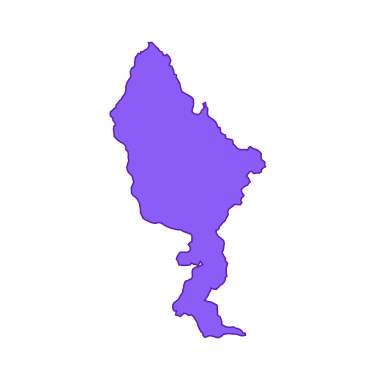 outline of Major Vieira, Santa Catarina, Brazil, rotated 328°
{"feature_id": "56859067B24004829696766", "entity_name": "Major Vieira", "entity_type": "district", "adm_level": 2, "iso_a3": "BRA", "parent_name": "Brazil", "parent_adm1": "Santa Catarina", "projection": "albers", "projection_center": [-50.373, -26.509], "detail": "fine", "context": "isolated", "style": "filled", "palette": "violet", "viewbox_px": 384, "rotation_deg": 328, "n_neighbors": 0, "source": "geoboundaries", "source_scale": "gbopen_adm2", "svg_char_len": 4616}
<svg xmlns="http://www.w3.org/2000/svg" viewBox="0 0 384 384"><g transform="rotate(328 192 192)"><path d="M157.8,258.7L155.1,257.8L152.1,257.8L150.5,258.9L148.9,261.3L147.8,263.8L145.6,265.3L143.4,265.0L141.5,264.8L139.0,264.2L136.2,266.2L134.2,268.6L132.2,270.5L131.1,272.0L129.2,273.1L127.3,273.6L125.9,274.7L124.0,275.8L121.9,276.0L120.0,276.3L118.0,276.4L116.0,277.7L114.7,279.5L113.9,281.4L113.9,283.4L115.8,284.7L114.3,286.1L112.9,287.5L114.7,289.2L116.3,291.4L118.5,290.9L121.1,290.6L122.9,292.6L123.6,294.7L126.4,295.8L127.4,298.9L127.2,301.4L127.3,303.6L127.3,305.6L126.5,307.7L126.1,309.9L125.7,312.5L125.6,315.3L126.3,317.4L125.4,319.5L125.8,321.9L128.0,322.7L129.8,322.8L131.6,323.8L133.6,325.7L135.1,327.6L136.6,329.2L138.6,329.8L141.0,329.9L143.1,329.3L145.4,330.2L147.4,331.2L149.6,332.5L151.4,334.1L153.9,335.6L155.9,337.9L157.0,339.4L159.1,340.9L161.4,341.8L162.2,340.0L160.5,338.5L160.5,336.2L159.7,333.8L158.5,332.4L156.6,330.3L155.7,328.3L152.8,327.1L149.7,324.7L148.3,322.5L147.0,320.3L148.5,317.7L149.2,315.2L149.6,312.5L148.3,310.0L150.0,307.3L151.1,305.1L152.1,303.5L153.3,301.3L151.8,298.7L150.6,296.5L149.1,294.8L147.4,293.3L145.3,290.6L147.4,289.7L149.6,288.9L151.7,287.6L153.3,286.4L155.4,285.6L157.2,283.5L158.6,285.5L161.1,287.4L163.9,286.8L166.8,285.9L169.0,286.2L171.1,285.6L173.5,284.2L174.8,282.2L176.8,282.0L177.6,280.1L178.6,278.0L179.7,276.3L180.8,274.6L182.6,273.0L184.3,271.2L183.9,268.1L185.1,266.0L185.1,262.6L185.6,259.0L187.7,257.9L189.5,255.7L192.1,252.7L193.1,249.8L192.4,247.8L191.6,245.6L190.7,242.4L190.9,239.3L192.0,237.3L194.8,237.8L197.2,235.6L199.5,235.2L202.0,234.3L204.9,233.9L207.3,232.3L209.3,231.2L210.9,230.1L211.9,227.4L214.1,226.0L216.9,225.7L219.2,225.7L221.5,224.9L223.8,226.8L226.4,228.4L228.7,227.4L228.9,224.9L230.7,223.3L232.5,223.1L234.3,222.3L233.9,219.2L234.9,216.2L237.8,215.3L240.7,215.2L242.8,215.6L244.6,214.7L246.6,214.3L247.0,212.3L247.2,209.8L246.6,207.4L248.3,206.6L251.5,205.4L253.8,206.4L254.0,208.9L255.7,209.7L257.4,210.3L258.8,211.5L261.6,211.6L262.9,209.7L264.9,209.3L267.7,209.4L268.1,206.9L269.7,205.3L268.9,203.2L268.1,201.3L269.1,199.0L271.1,196.1L270.6,193.6L269.9,191.4L268.5,189.4L266.4,187.0L265.3,184.2L263.4,184.5L261.4,186.1L259.6,184.1L256.8,182.6L254.8,181.0L253.3,178.6L253.0,175.7L252.4,172.9L253.9,169.6L251.9,167.1L250.3,165.9L249.2,164.1L250.5,161.5L248.8,159.2L247.9,156.6L248.8,154.8L249.9,152.1L248.1,150.5L249.0,147.5L249.2,145.0L248.5,142.2L247.1,139.3L246.2,136.8L246.3,134.1L248.2,131.5L249.8,129.1L249.0,127.1L250.1,125.5L250.6,123.1L248.0,123.1L247.4,125.8L246.0,127.6L243.4,127.9L241.4,129.5L238.8,129.8L236.6,128.3L235.2,126.8L234.5,124.1L236.2,121.9L238.2,120.3L240.1,118.0L241.2,116.3L242.1,114.4L242.1,112.1L241.3,110.2L240.3,108.3L239.3,106.5L237.9,104.0L236.8,101.8L237.0,99.1L238.1,96.3L239.2,93.0L239.4,88.9L239.2,87.0L240.8,84.4L239.2,82.4L240.8,79.2L241.4,75.0L239.8,72.5L241.8,70.8L243.7,69.1L244.3,65.7L243.7,62.0L241.7,62.2L240.4,60.6L240.8,57.4L239.2,55.2L239.3,52.6L238.4,49.8L237.7,46.5L237.1,43.8L234.2,42.2L233.8,44.4L232.0,46.1L229.6,47.0L226.8,46.7L224.9,47.1L223.0,46.0L221.4,47.5L219.9,46.0L217.9,47.0L215.3,47.9L212.9,50.7L211.0,53.4L209.3,55.4L206.9,54.9L205.2,56.0L203.4,57.3L202.5,59.1L201.6,61.5L200.1,62.5L197.9,63.3L195.7,64.3L194.0,65.5L192.6,66.8L191.4,68.1L190.4,70.0L188.4,72.0L186.9,73.4L185.1,73.8L183.2,74.6L181.0,76.0L178.8,76.2L176.6,77.2L173.7,78.1L172.1,80.0L169.8,80.0L168.0,80.6L165.4,80.7L164.0,82.5L163.2,84.4L164.0,87.4L163.0,89.2L163.3,92.2L162.7,94.6L160.4,94.9L158.5,97.5L157.0,100.7L155.5,103.7L156.0,106.7L157.0,109.7L157.9,111.8L158.9,113.5L159.9,115.5L159.9,118.5L158.5,120.9L159.0,123.9L157.7,126.8L156.3,128.7L155.2,131.7L152.9,133.7L149.7,136.6L148.6,139.8L148.7,142.5L149.7,146.8L148.5,150.1L148.0,152.7L145.4,154.4L142.8,156.1L141.6,158.4L140.1,161.1L140.3,163.7L141.1,165.8L141.9,169.0L141.7,171.6L141.5,173.8L140.3,176.3L139.6,178.4L138.7,180.1L137.5,182.0L137.1,184.3L136.6,188.2L137.7,190.8L139.6,193.7L140.9,195.8L142.6,197.7L144.6,199.3L147.0,199.8L149.2,201.7L150.6,204.4L151.9,207.2L153.6,209.6L155.0,211.5L156.8,213.3L158.3,214.9L160.1,216.6L162.4,217.9L163.7,220.8L165.7,223.1L167.2,225.3L168.8,227.4L168.5,229.6L167.1,231.7L165.7,233.9L163.4,233.8L161.0,234.6L161.3,237.5L160.5,239.5L158.4,240.8L155.6,240.5L153.5,238.8L149.9,236.8L147.9,237.6L145.8,238.6L143.2,240.5L143.3,243.5L142.3,246.8L144.1,248.4L146.1,249.9L147.8,250.9L149.9,252.0L151.8,252.7L154.0,252.0L154.9,253.8L157.2,255.7L157.8,258.7ZM157.8,258.7L159.4,256.9L162.2,255.2L162.5,259.1L159.7,258.9L157.8,258.7Z" fill="#8b5cf6" stroke="#5b21b6" stroke-width="1.5"/></g></svg>